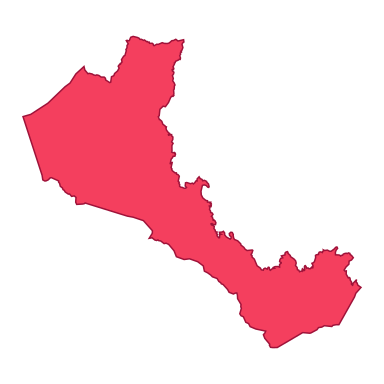 Upper Denkyira West, Central, Ghana
{"feature_id": "2480657B72362309510067", "entity_name": "Upper Denkyira West", "entity_type": "district", "adm_level": 2, "iso_a3": "GHA", "parent_name": "Ghana", "parent_adm1": "Central", "projection": "orthographic", "projection_center": [-1.984, 6.106], "detail": "fine", "context": "isolated", "style": "filled", "palette": "rose", "viewbox_px": 384, "rotation_deg": 0, "n_neighbors": 0, "source": "geoboundaries", "source_scale": "gbopen_adm2", "svg_char_len": 5982}
<svg xmlns="http://www.w3.org/2000/svg" viewBox="0 0 384 384"><path d="M23.0,116.6L42.1,175.3L42.8,179.9L44.8,181.0L46.0,180.9L48.2,179.9L50.3,177.8L51.5,177.7L58.6,180.9L58.6,182.1L59.6,183.4L60.3,186.3L62.4,187.9L63.0,189.6L64.2,190.3L65.2,192.0L68.3,194.1L69.6,194.0L71.6,196.4L74.2,195.9L76.0,197.4L75.7,202.2L76.7,204.4L82.9,204.0L84.5,203.6L85.1,203.0L127.3,216.1L133.2,217.2L143.4,220.6L152.4,230.7L152.3,233.3L149.2,238.3L152.1,237.8L154.8,240.0L156.7,240.5L157.9,239.9L158.8,240.7L160.6,240.9L164.1,243.6L166.1,243.2L168.7,244.4L174.0,250.7L176.4,256.7L184.1,259.5L189.5,258.8L197.7,261.7L203.3,265.9L204.4,271.2L207.6,272.8L210.7,275.0L212.4,276.8L217.1,278.5L218.8,281.4L220.7,282.7L221.3,283.8L223.1,284.5L227.6,289.5L229.1,292.3L233.4,294.0L235.3,293.1L236.8,293.0L237.4,294.9L237.6,298.7L241.0,304.4L240.8,306.9L241.4,308.2L239.8,313.8L241.0,315.7L243.4,316.8L245.8,322.3L248.6,323.6L250.1,326.6L255.8,329.0L265.7,331.1L265.0,332.8L263.4,334.7L264.8,338.4L269.7,344.2L269.4,345.2L270.5,347.3L272.9,347.6L277.3,347.5L302.7,332.6L309.7,333.2L310.8,333.0L317.0,329.7L318.5,327.6L321.8,327.1L324.3,325.7L331.8,326.5L333.0,325.3L336.2,324.7L338.9,324.7L354.5,297.0L355.8,293.3L361.0,287.4L357.8,285.1L357.1,283.0L356.0,281.9L356.6,279.6L352.9,283.5L352.9,284.9L352.5,285.3L351.4,284.1L351.6,282.2L350.3,280.2L350.0,278.1L349.2,277.5L348.3,277.9L346.2,274.2L346.3,270.9L345.0,271.1L344.1,270.1L346.0,267.0L348.9,264.2L349.1,261.1L351.5,260.0L353.3,257.7L351.5,255.4L350.1,254.5L349.9,253.4L348.5,252.9L347.1,253.6L346.2,253.2L344.4,253.6L343.2,254.2L342.5,255.3L341.2,255.4L340.7,256.0L339.2,255.0L335.5,254.8L335.4,252.2L336.2,250.0L337.6,248.4L337.1,247.1L336.3,247.0L335.5,247.5L334.3,248.9L331.2,251.2L329.7,251.3L327.4,250.1L324.7,250.5L323.6,250.0L323.9,250.6L322.7,251.3L322.4,252.5L320.8,251.9L319.3,252.1L318.5,253.5L318.5,254.5L316.3,254.8L315.5,255.4L315.6,257.8L314.4,261.6L313.4,262.7L311.9,263.3L313.0,265.5L312.8,267.8L312.0,267.9L311.8,267.1L310.2,268.7L308.7,268.6L308.0,267.9L306.8,268.3L306.0,266.5L305.3,265.6L304.8,265.8L304.4,266.6L304.8,269.1L304.5,270.4L303.9,270.6L303.7,269.7L302.9,270.2L302.6,268.8L302.2,269.1L302.1,271.3L301.4,271.1L299.5,271.7L298.8,270.2L297.4,269.7L297.1,267.4L295.5,265.6L296.2,263.1L295.6,260.8L294.0,259.0L290.5,256.6L290.3,255.5L288.0,253.3L288.0,252.4L287.4,251.6L285.9,252.1L285.0,253.1L285.0,254.9L281.4,255.9L282.7,257.8L280.7,258.4L279.9,259.9L279.6,261.5L280.4,262.4L281.2,262.5L281.2,263.1L279.6,264.4L279.6,267.1L278.1,266.5L275.1,266.6L273.4,267.4L274.5,268.3L272.4,268.6L270.3,270.3L269.6,269.5L269.3,267.7L268.8,267.2L268.2,267.3L267.2,269.1L265.1,268.1L263.7,268.9L263.3,270.2L261.3,269.8L260.4,268.1L257.1,265.8L254.3,259.1L252.1,257.1L252.0,255.5L251.2,255.0L251.1,254.3L251.9,253.3L252.8,250.4L252.3,250.0L247.0,250.5L245.0,249.1L243.9,247.4L241.0,245.1L240.7,243.8L237.7,240.8L234.5,239.5L233.7,238.1L233.2,235.6L233.3,234.5L232.3,232.5L230.9,232.2L229.3,233.5L229.6,235.6L230.8,236.4L231.1,237.0L231.0,238.3L230.1,239.1L226.4,237.0L224.7,234.9L224.6,232.9L223.4,231.3L222.2,232.0L219.4,232.3L219.7,233.6L221.2,234.3L219.7,234.7L219.5,237.7L218.8,237.8L217.1,235.9L217.0,235.0L217.6,234.5L216.4,233.3L217.1,232.1L215.5,231.7L215.1,230.0L213.9,228.5L214.3,226.6L213.8,225.9L211.4,224.8L211.0,223.9L212.0,223.5L213.0,224.4L215.5,224.6L215.9,222.7L214.9,220.7L213.3,220.2L213.7,219.6L212.7,218.9L212.5,217.2L211.4,216.4L213.0,214.4L212.2,213.0L210.6,212.5L210.6,211.2L209.5,209.4L209.9,207.7L209.3,206.0L209.8,205.9L210.2,206.8L211.0,206.7L211.3,205.5L210.9,204.6L211.4,204.0L210.8,202.7L210.1,203.2L209.8,202.6L210.2,202.2L207.5,202.1L207.5,200.7L205.8,200.4L202.8,197.9L201.3,194.9L201.0,191.2L202.4,185.4L204.1,184.9L206.2,185.5L207.8,187.2L208.7,187.4L209.1,186.7L208.5,184.0L206.8,182.2L206.6,181.4L204.3,180.3L202.8,180.8L202.0,179.4L200.2,178.6L199.1,176.8L197.2,178.8L197.0,180.9L196.3,180.7L195.5,181.4L195.0,182.5L193.4,183.9L192.4,183.1L190.5,183.7L186.7,182.5L185.5,182.8L185.2,186.0L186.5,187.4L185.7,188.2L184.2,188.3L182.3,187.4L180.7,187.2L179.6,186.3L179.7,184.4L179.0,183.7L179.2,182.2L178.2,181.3L179.3,176.2L178.0,174.6L176.6,174.2L176.4,172.9L175.1,172.9L172.3,170.7L171.7,169.5L172.0,169.0L171.1,167.6L172.2,162.5L171.5,162.5L171.0,163.9L170.2,163.6L171.2,159.1L172.5,157.7L173.1,156.3L174.9,156.2L175.5,154.2L175.2,153.2L174.6,153.4L174.4,152.5L172.9,152.7L171.7,152.1L172.0,150.9L171.9,145.5L173.1,143.3L171.6,141.9L172.8,139.5L172.9,137.0L171.9,136.2L171.6,134.6L168.6,135.2L168.4,134.7L169.8,133.9L169.8,133.5L168.5,132.8L166.5,130.1L166.0,128.2L166.4,126.9L165.4,126.6L165.0,125.8L162.9,124.3L161.8,121.3L159.9,119.6L159.4,119.6L158.3,116.7L159.2,115.8L159.9,109.3L163.1,106.2L165.4,106.7L168.5,102.5L170.7,97.4L171.8,96.3L173.0,96.4L173.8,95.5L173.3,95.1L173.9,94.1L173.6,89.9L174.2,89.1L174.4,85.9L175.0,85.0L174.2,83.0L172.7,80.8L173.3,78.4L172.4,75.6L173.6,73.9L173.9,72.2L172.4,71.0L172.2,69.5L172.7,69.2L173.5,69.6L173.8,68.3L173.0,66.9L174.5,63.9L174.4,63.0L175.1,62.7L175.6,61.3L178.7,59.9L179.3,59.2L180.2,59.4L180.5,58.0L179.7,55.6L180.6,54.3L180.3,53.1L181.5,52.0L180.9,51.2L181.8,50.4L182.9,47.6L182.0,44.3L182.9,42.7L183.9,42.0L183.6,39.7L178.0,41.0L175.8,39.3L173.5,40.5L171.8,40.7L169.2,43.0L167.4,43.5L164.3,43.4L162.2,42.7L158.2,44.4L156.8,44.2L154.4,45.6L153.6,45.5L153.2,44.1L152.3,43.3L149.5,43.3L149.2,42.1L148.2,42.2L147.3,41.5L146.7,41.7L144.5,40.0L143.7,40.4L141.4,39.3L140.0,39.4L139.2,38.3L137.6,37.5L133.1,36.4L130.7,37.3L129.3,40.6L128.1,40.8L127.1,40.3L126.3,40.6L128.2,43.8L127.0,45.5L127.0,47.7L125.9,49.7L126.3,50.7L124.9,55.5L123.7,56.1L121.5,59.6L122.0,62.0L121.1,63.1L120.2,63.5L120.4,64.3L119.4,64.6L118.2,66.2L119.1,68.1L117.5,71.0L114.6,73.5L113.8,75.7L111.5,76.7L110.7,82.2L109.7,82.6L105.7,80.0L105.4,78.2L104.2,77.1L101.2,77.1L98.8,75.4L96.8,74.9L95.6,75.4L93.6,74.9L92.2,74.0L89.2,73.3L87.9,73.7L84.8,69.9L84.0,66.5L75.9,73.9L70.0,83.1L65.1,86.7L47.9,103.2L30.7,114.4L23.0,116.6Z" fill="#f43f5e" stroke="#9f1239" stroke-width="1.5"/></svg>